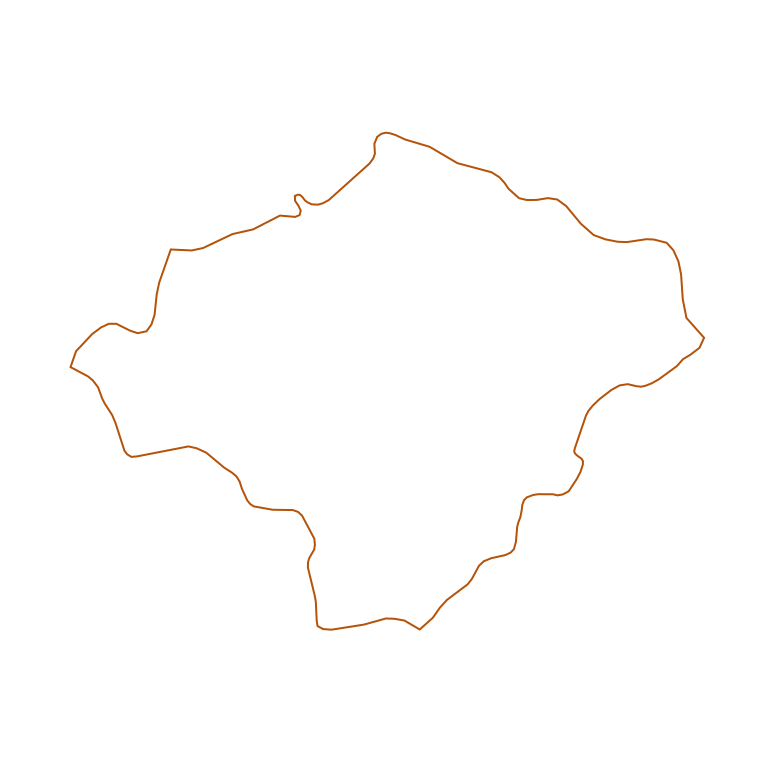 Relizane, orthographic projection, rotated 186°
{"feature_id": "DZA-2203", "entity_name": "Relizane", "entity_type": "Province", "adm_level": 1, "iso_a3": "DZA", "parent_name": "Algeria", "parent_adm1": "", "projection": "orthographic", "projection_center": [0.791, 35.819], "detail": "fine", "context": "isolated", "style": "outline", "palette": "amber", "viewbox_px": 768, "rotation_deg": 186, "n_neighbors": 0, "source": "natural_earth", "source_scale": "10m", "svg_char_len": 2139}
<svg xmlns="http://www.w3.org/2000/svg" viewBox="0 0 768 768"><g transform="rotate(186 384 384)"><path d="M697.5,368.0L693.7,384.4L679.5,403.1L671.3,410.7L664.0,415.1L656.5,415.9L641.8,410.4L634.3,408.8L625.7,411.6L621.5,418.9L619.4,428.7L619.4,449.6L618.2,461.2L610.1,495.5L589.2,496.7L578.2,500.3L550.3,517.3L530.3,524.1L505.1,540.6L489.7,540.9L485.6,543.2L484.9,547.6L487.7,552.3L491.6,556.9L492.3,561.7L489.4,563.3L487.2,563.2L484.9,561.6L481.8,558.3L478.8,556.6L474.6,555.1L468.3,555.5L463.8,557.3L458.2,561.1L421.4,601.8L418.2,607.4L417.1,612.0L418.7,621.9L416.6,629.1L412.7,632.6L408.6,634.1L404.4,634.0L398.9,632.9L388.3,629.3L363.5,624.7L334.1,611.3L299.1,605.8L290.7,601.6L285.0,596.5L280.5,591.1L269.1,582.9L261.1,581.9L251.5,583.0L240.5,586.0L231.0,585.6L221.4,580.0L204.9,563.9L191.0,554.0L178.9,551.0L166.6,549.9L157.3,550.5L138.4,555.4L130.7,555.9L117.7,554.0L110.2,547.3L104.0,536.7L100.0,524.0L95.7,499.4L90.1,481.3L70.5,463.4L74.0,453.0L82.5,445.0L89.1,440.1L94.6,432.4L111.3,417.3L117.8,412.7L124.1,409.4L128.0,408.2L132.6,408.2L141.7,409.3L149.6,407.2L157.3,401.8L168.2,391.4L174.1,384.4L178.0,378.4L179.9,373.4L187.5,340.0L187.8,337.4L187.3,335.6L186.0,334.2L183.9,332.7L179.7,330.3L178.1,328.2L177.8,324.7L179.4,317.1L182.3,309.8L189.1,296.6L194.8,292.8L199.8,291.4L204.5,292.0L219.1,290.5L223.9,289.3L230.1,286.2L232.6,283.1L233.8,278.3L233.9,272.2L234.5,265.7L235.9,260.6L236.6,256.0L236.3,241.0L237.5,233.4L240.4,229.6L245.3,226.6L259.0,222.0L266.2,218.2L270.5,213.2L276.3,199.2L279.9,193.5L298.8,175.9L305.1,167.3L311.0,156.6L322.8,143.6L339.0,150.9L349.1,151.6L357.6,151.0L378.9,142.6L410.4,134.2L419.0,133.9L424.8,136.3L426.2,141.7L429.0,160.1L430.8,166.4L440.5,193.5L440.9,198.6L440.2,202.9L436.1,212.1L435.9,216.8L437.1,222.8L451.7,244.5L456.1,247.8L461.4,249.1L481.5,247.3L500.8,248.7L504.6,250.7L507.8,253.9L514.2,264.7L517.4,271.9L521.1,276.7L526.0,280.0L534.2,284.1L553.5,297.1L563.6,300.5L571.9,301.5L622.0,286.2L627.6,285.1L632.0,287.2L635.2,290.6L646.8,316.8L651.1,324.7L659.7,335.4L662.7,340.0L668.0,350.8L674.0,357.2L679.1,360.6L697.5,368.0Z" fill="none" stroke="#b45309" stroke-width="2"/></g></svg>